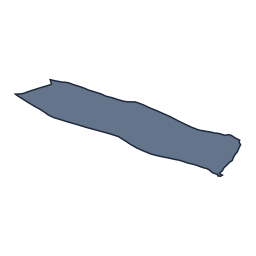 Sorsele, Västerbotten, Sweden (Equal Earth projection)
{"feature_id": "70781695B2170511041252", "entity_name": "Sorsele", "entity_type": "district", "adm_level": 2, "iso_a3": "SWE", "parent_name": "Sweden", "parent_adm1": "Västerbotten", "projection": "equal_earth", "projection_center": [16.78, 65.694], "detail": "fine", "context": "isolated", "style": "filled", "palette": "slate", "viewbox_px": 256, "rotation_deg": 0, "n_neighbors": 0, "source": "geoboundaries", "source_scale": "gbopen_adm2", "svg_char_len": 1513}
<svg xmlns="http://www.w3.org/2000/svg" viewBox="0 0 256 256"><path d="M50.2,79.7L50.4,80.1L50.7,81.6L51.4,83.3L51.4,84.1L50.1,84.8L46.6,85.9L41.7,87.3L32.5,90.2L29.8,91.1L27.2,92.0L24.4,93.1L22.2,93.7L18.4,94.0L15.4,94.1L16.2,94.9L19.3,96.9L22.9,99.1L27.5,102.1L34.6,106.3L39.7,109.1L45.1,112.6L48.3,115.0L54.0,117.7L60.4,119.6L66.4,121.5L75.5,124.1L86.3,127.4L101.9,131.6L109.1,133.6L118.4,136.6L121.4,138.5L124.8,140.6L127.7,142.5L130.7,144.5L136.8,148.0L143.8,151.1L150.9,154.0L157.3,155.7L163.4,157.0L168.2,157.9L173.7,159.2L179.6,160.3L188.0,163.1L194.6,164.6L202.6,167.5L206.3,168.5L208.5,169.4L210.5,171.0L212.4,172.7L215.8,173.9L217.3,174.5L217.9,175.9L220.5,176.3L222.4,175.1L219.9,173.9L219.6,173.2L221.3,171.7L222.3,170.9L223.8,168.0L227.4,164.5L229.7,162.2L232.1,160.6L234.5,155.4L237.5,151.5L239.2,147.4L240.6,144.8L239.1,142.2L239.7,140.1L238.1,139.4L235.5,138.1L232.4,136.1L231.3,135.5L230.9,135.2L228.8,134.7L226.4,135.0L224.3,135.2L222.5,134.6L219.9,133.7L216.9,133.2L215.0,133.1L212.2,132.4L209.3,131.8L205.8,131.3L204.2,130.9L200.6,130.4L198.1,129.8L195.5,128.7L191.6,127.3L183.8,123.6L177.5,120.5L170.3,116.7L156.0,110.4L149.3,107.7L143.0,104.7L139.1,103.2L135.0,101.9L131.9,101.9L127.1,101.7L123.8,101.3L121.2,100.5L117.2,99.4L113.6,98.1L110.1,97.2L105.9,96.2L101.5,94.1L96.9,92.6L91.7,91.0L88.3,90.0L85.4,88.6L82.1,87.4L78.6,86.2L73.6,84.7L69.2,83.0L65.7,82.3L62.0,82.1L59.1,81.5L55.4,80.9L54.7,80.7L53.4,80.4L51.1,79.8L50.2,79.7Z" fill="#64748b" stroke="#1e293b" stroke-width="1.5"/></svg>